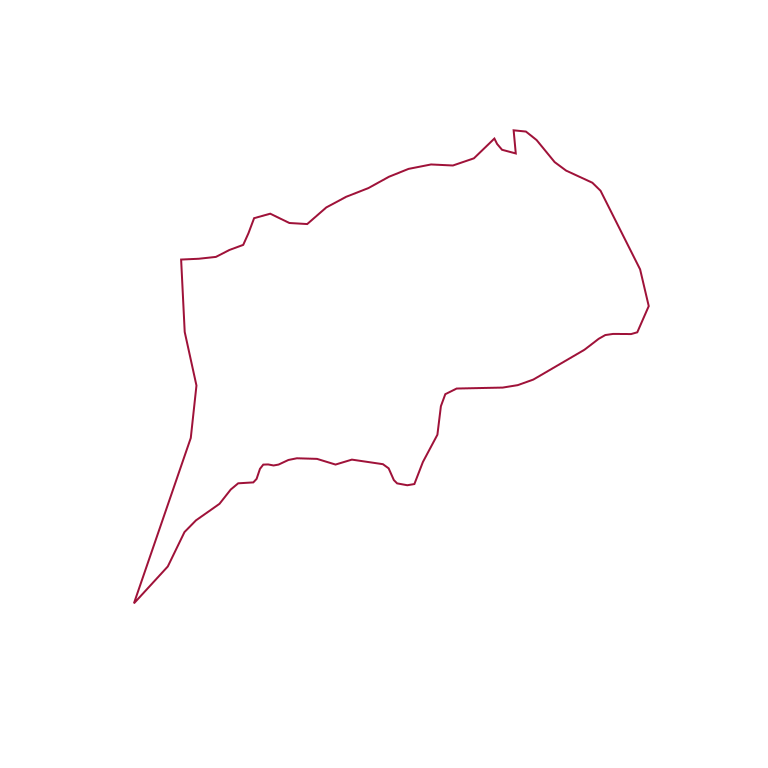 an SVG outline of Belait, rotated 287°
{"feature_id": "BRN-1181", "entity_name": "Belait", "entity_type": "District", "adm_level": 1, "iso_a3": "BRN", "parent_name": "Brunei", "parent_adm1": "", "projection": "orthographic", "projection_center": [114.479, 4.349], "detail": "fine", "context": "isolated", "style": "outline", "palette": "rose", "viewbox_px": 768, "rotation_deg": 287, "n_neighbors": 0, "source": "natural_earth", "source_scale": "10m", "svg_char_len": 1078}
<svg xmlns="http://www.w3.org/2000/svg" viewBox="0 0 768 768"><g transform="rotate(287 384 384)"><path d="M351.1,449.9L320.8,444.0L297.2,442.3L294.0,435.9L292.8,425.6L295.0,421.5L304.7,413.1L307.0,406.4L302.3,375.4L292.8,361.2L292.8,341.8L287.5,322.4L283.4,314.8L276.1,306.7L273.8,302.2L273.2,296.7L271.6,292.1L266.6,290.2L256.0,289.9L251.7,287.8L246.4,273.6L238.3,268.3L221.3,261.7L198.7,244.1L184.1,236.5L146.3,230.6L101.1,209.0L275.9,215.0L327.7,205.1L375.5,178.2L443.7,153.6L449.6,170.2L456.4,186.1L467.0,197.0L475.9,208.7L488.6,210.3L504.6,211.3L513.6,225.4L510.3,246.4L514.5,263.8L536.0,277.2L551.9,293.0L566.8,311.8L583.6,328.1L596.9,344.6L607.7,364.8L613.1,386.0L626.1,404.0L649.2,416.8L650.7,417.6L651.0,417.8L646.6,422.0L642.5,428.4L643.0,442.6L664.5,433.8L666.9,445.9L661.9,458.6L646.1,482.3L641.3,495.8L637.4,524.4L632.1,534.6L568.5,595.4L535.9,614.4L507.5,611.1L504.0,605.7L498.9,588.5L495.5,581.3L490.0,576.1L475.4,565.7L431.9,525.5L422.0,512.2L415.3,498.6L400.9,454.8L392.2,445.6L379.4,444.9L351.1,449.9Z" fill="none" stroke="#9f1239" stroke-width="2"/></g></svg>